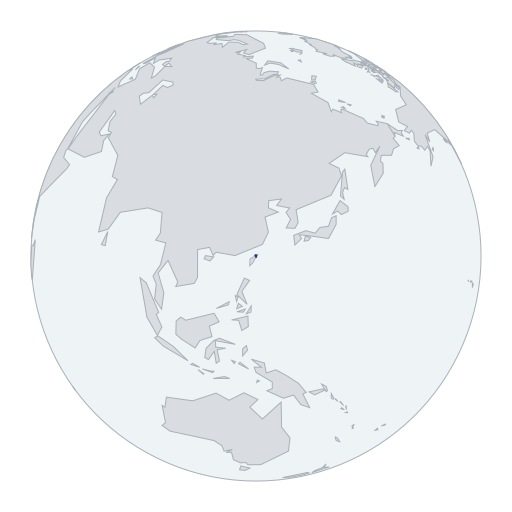 the Earth from above Taoyuan, rotated 23°
{"feature_id": "TWN-1168", "entity_name": "Taoyuan", "entity_type": "County", "adm_level": 1, "iso_a3": "TWN", "parent_name": "Taiwan", "parent_adm1": "", "projection": "orthographic", "projection_center": [121.286, 24.86], "detail": "fine", "context": "on_globe", "style": "filled", "palette": "blue", "viewbox_px": 512, "rotation_deg": 23, "n_neighbors": 0, "source": "natural_earth", "source_scale": "10m", "svg_char_len": 11316}
<svg xmlns="http://www.w3.org/2000/svg" viewBox="0 0 512 512"><g transform="rotate(23 256 256)"><circle cx="256" cy="256" r="225" fill="#eef3f6" stroke="#a8b0b8"/><path d="M441.0,359.8L440.8,361.1L440.5,361.4L441.0,359.8ZM409.6,91.2L393.2,77.9L393.7,77.9L389.0,74.6L388.0,74.8L388.6,75.8L371.1,69.8L365.6,76.1L371.3,83.0L364.2,78.2L380.2,95.5L382.0,105.0L375.3,91.4L371.1,88.0L370.0,92.7L365.4,90.3L362.3,91.4L356.9,88.4L353.4,81.4L349.8,79.5L349.3,83.0L343.5,82.7L344.9,77.7L335.0,76.8L327.3,66.5L335.3,58.1L326.5,52.2L322.5,44.0L318.3,43.2L314.1,40.5L307.7,38.8L308.8,38.4L302.8,37.5L303.0,38.3L300.4,38.3L296.6,37.6L297.4,36.7L299.4,37.0L297.6,36.4L299.6,36.3L296.5,35.9L297.8,35.4L290.9,35.0L287.4,33.8L289.8,33.7L296.8,34.9L319.7,39.9L321.1,40.3L337.3,45.9L353.1,52.7L368.3,60.7L382.8,69.8L396.6,80.0L409.6,91.2ZM467.5,200.6L465.7,196.2L467.1,197.2L467.5,200.6ZM464.3,194.9L465.0,196.1L464.4,195.3L464.3,194.9ZM463.7,195.1L464.1,194.9L463.8,195.7L463.7,195.1ZM463.0,196.1L463.3,195.4L463.4,195.7L463.0,196.1ZM461.4,196.2L460.9,196.1L461.0,194.9L461.4,196.2ZM389.6,76.8L388.5,75.1L391.0,76.2L392.5,77.7L389.6,76.8ZM384.1,76.0L382.3,74.2L387.7,77.0L387.1,77.2L384.1,76.0ZM376.5,89.0L376.5,86.5L378.1,89.8L376.5,89.0ZM362.8,92.1L364.2,93.7L362.0,93.7L362.8,92.1ZM351.7,89.2L347.6,89.0L351.1,87.9L351.7,89.2ZM292.4,33.7L302.0,35.5L303.9,35.9L298.3,35.0L292.4,33.7ZM344.8,88.1L335.0,88.3L337.4,91.6L325.1,82.9L337.5,85.2L341.5,83.2L341.7,86.0L344.8,88.1ZM304.7,38.9L304.3,38.0L308.1,39.5L304.7,38.9ZM307.8,39.9L323.2,45.7L321.9,47.1L317.0,44.6L318.1,47.4L309.9,45.2L307.4,43.2L309.9,42.6L304.9,42.3L307.8,39.9ZM319.9,78.3L317.0,77.6L319.4,77.1L319.9,78.3ZM299.6,38.5L302.9,39.3L302.0,40.5L295.4,39.1L297.8,39.1L299.6,38.5ZM322.5,49.4L320.6,50.3L313.5,48.7L311.8,48.9L309.6,45.3L322.5,49.4ZM296.1,38.5L292.0,38.4L289.0,37.3L296.4,37.8L296.1,38.5ZM304.6,41.5L303.8,42.1L302.1,41.2L304.6,41.5ZM276.0,34.0L279.9,34.6L279.8,35.2L276.0,34.0ZM290.7,38.4L291.8,38.8L292.2,39.2L288.9,39.0L290.7,38.4ZM304.7,44.6L302.1,43.8L305.3,45.9L300.0,45.1L299.5,43.0L297.5,43.6L295.9,43.3L297.3,41.9L304.7,44.6ZM286.8,40.1L284.4,37.7L277.2,36.3L277.1,35.7L288.7,38.1L286.8,40.1ZM292.9,41.2L289.1,40.3L290.9,39.8L294.6,40.1L292.9,41.2ZM296.6,45.4L304.8,47.2L304.6,47.7L296.6,45.4ZM284.4,39.8L285.0,40.4L283.7,39.7L284.4,39.8ZM292.5,43.7L295.4,44.2L295.1,44.7L292.5,43.7ZM283.9,41.4L283.1,40.5L285.6,40.6L283.9,41.4ZM287.5,42.5L286.5,43.1L286.9,41.1L288.9,42.6L287.5,42.5ZM291.8,44.1L292.5,44.5L290.6,43.8L291.8,44.1ZM275.0,42.0L275.0,39.5L280.4,39.5L279.7,41.8L275.0,42.0ZM87.3,106.7L86.9,107.1L86.6,107.5L87.3,106.7ZM74.0,123.2L65.8,135.7L69.5,131.7L62.8,147.8L63.0,154.3L75.9,140.4L75.6,129.1L82.8,119.6L88.8,121.9L90.1,133.1L92.9,129.8L98.1,117.1L104.5,114.6L100.6,112.5L97.6,117.1L95.1,116.2L97.6,112.0L99.8,111.1L101.2,106.9L90.4,113.3L86.3,118.7L86.0,113.0L79.1,121.7L76.8,123.0L87.7,109.0L91.4,105.6L106.6,89.0L102.7,92.0L88.1,108.1L89.9,105.5L84.6,110.6L90.1,104.7L107.1,87.3L109.5,84.9L134.3,66.4L130.9,68.8L135.0,67.1L132.9,69.5L143.2,64.5L143.5,65.3L137.3,67.8L131.9,71.3L127.6,78.6L129.4,78.8L136.4,75.2L134.3,78.1L141.7,73.7L143.5,77.1L147.5,69.7L155.9,66.3L161.7,66.5L165.2,64.3L155.7,64.2L151.2,65.5L146.3,68.6L134.9,72.3L134.5,70.9L149.1,62.7L150.1,60.2L161.1,55.9L180.0,57.3L183.5,60.9L170.9,73.4L165.1,74.0L166.7,69.6L157.2,76.7L161.8,74.6L160.1,77.4L167.7,75.7L166.8,77.6L175.5,73.0L175.4,75.2L169.8,78.1L180.9,78.4L182.8,82.9L185.7,82.2L188.3,80.1L189.1,87.7L191.2,86.9L191.8,84.0L196.3,80.5L204.7,77.7L204.5,80.5L201.4,81.9L194.8,89.4L186.7,93.3L187.5,94.2L194.4,91.6L202.6,82.3L207.7,79.9L204.6,84.2L206.1,82.4L208.6,82.2L210.9,84.7L214.6,80.1L242.0,75.6L249.1,80.8L243.4,84.6L262.3,86.6L268.9,93.7L269.4,90.8L278.8,90.7L276.9,88.4L277.8,87.1L301.2,87.4L306.5,90.2L317.1,88.5L317.4,87.2L314.0,84.9L325.1,82.9L337.4,91.6L336.2,94.0L344.7,98.4L340.7,103.5L341.4,110.3L332.0,114.4L333.4,120.0L336.6,121.1L340.8,130.1L338.3,145.6L326.2,127.7L327.1,106.4L325.5,114.3L321.6,111.2L318.5,113.4L317.7,119.4L320.2,120.9L297.4,126.2L287.1,142.2L298.1,142.7L303.4,148.9L301.3,170.8L274.8,197.7L281.7,208.7L281.0,215.3L272.8,218.4L273.5,208.7L266.6,204.2L268.2,198.7L255.3,201.4L257.1,193.6L246.1,200.1L248.6,206.8L259.3,206.9L249.1,216.6L258.1,229.2L257.4,242.8L236.5,263.8L217.8,268.1L216.3,272.2L209.8,266.2L199.7,272.9L210.6,298.7L209.8,305.4L194.1,315.4L194.1,310.4L176.8,294.5L172.5,309.8L185.5,325.8L189.9,341.9L179.4,335.1L175.1,320.7L169.0,314.7L171.4,301.2L167.9,279.2L157.4,280.6L159.0,272.3L152.5,252.6L137.8,253.9L114.0,268.8L109.4,289.1L101.7,295.4L95.7,260.9L98.5,239.8L92.8,239.1L89.5,217.4L73.8,204.8L74.6,198.6L71.0,198.6L69.1,189.4L71.6,179.8L69.1,177.4L63.3,203.1L66.3,205.9L73.2,201.1L70.7,209.3L72.9,220.2L59.4,232.2L41.1,230.8L44.5,214.9L57.5,164.7L60.1,161.1L60.3,160.6L60.8,159.6L56.7,165.0L60.6,155.9L48.1,188.0L43.8,200.4L40.8,231.4L39.8,232.8L40.4,240.4L48.7,244.8L47.6,249.7L40.5,267.7L33.6,285.7L37.5,309.0L42.1,326.6L42.3,327.3L37.7,311.5L34.2,295.3L31.9,279.0L30.8,262.5L30.9,246.0L32.3,229.6L34.8,213.3L38.5,197.2L43.4,181.5L49.4,166.1L56.6,151.2L64.8,136.9L74.0,123.2ZM86.1,154.4L90.4,161.5L97.7,148.6L99.9,150.5L101.6,145.7L98.2,147.7L103.6,135.4L108.7,135.5L112.9,130.9L111.7,128.4L101.4,130.4L93.5,147.6L88.7,150.2L86.1,154.4ZM155.7,54.3L151.6,56.5L148.6,58.0L148.9,57.8L155.7,54.3ZM140.6,62.5L143.8,60.6L144.6,60.2L146.5,59.3L160.3,52.6L159.1,53.7L157.4,54.1L155.3,55.5L152.0,56.6L137.4,65.0L133.8,67.0L138.1,64.0L140.6,62.5ZM197.5,39.0L203.5,37.6L193.3,41.5L188.9,42.4L191.3,40.7L197.9,38.7L197.5,39.0ZM280.5,32.4L283.5,32.7L283.3,32.8L280.6,32.6L280.5,32.4ZM264.8,30.9L270.7,31.3L268.7,31.1L281.2,32.1L282.8,32.3L288.8,33.1L280.6,32.1L277.0,32.0L282.4,33.6L293.7,35.9L291.9,36.7L287.6,36.7L284.6,36.2L286.8,35.7L281.2,35.5L282.0,34.5L277.9,34.3L267.5,31.6L270.3,31.7L260.8,30.9L264.5,30.9L264.8,30.9ZM245.6,31.0L248.8,31.0L245.5,31.8L250.5,31.5L250.4,31.9L246.4,32.0L252.4,32.2L251.3,32.7L255.9,34.4L265.2,35.1L267.1,36.1L262.9,36.0L267.8,37.0L261.1,37.8L262.3,38.6L256.9,40.4L248.0,40.4L250.0,41.4L246.0,43.2L238.5,43.8L242.2,42.0L231.3,44.1L232.0,42.0L230.7,42.4L228.3,41.2L223.2,40.6L224.6,39.7L222.0,39.9L220.4,39.3L217.3,39.4L218.7,38.0L215.1,38.1L217.8,37.4L211.1,38.1L216.7,37.0L215.2,36.6L210.6,37.8L225.7,32.8L226.7,32.6L245.6,31.0ZM273.2,42.4L262.5,42.2L257.6,41.2L269.0,38.5L268.9,37.6L276.0,36.5L283.0,38.2L280.3,38.3L279.3,38.9L277.5,38.1L278.2,39.1L274.5,39.4L274.0,40.4L270.7,40.0L273.2,42.4ZM88.2,105.9L86.8,107.6L85.7,109.3L82.4,112.9L88.2,105.9ZM97.5,95.9L99.5,93.9L98.9,94.6L93.6,99.8L94.3,99.2L97.5,95.9ZM103.2,90.7L99.3,94.2L102.2,91.4L103.2,90.7ZM137.2,68.4L137.2,69.2L135.4,70.3L133.4,71.0L137.2,68.4ZM206.2,51.7L209.1,50.3L210.1,50.5L218.2,48.9L218.3,50.6L213.5,52.3L206.2,51.7ZM73.3,141.2L70.6,142.3L71.7,139.8L72.4,139.9L73.3,141.2ZM74.7,126.6L72.2,131.8L73.8,127.5L74.7,126.6ZM207.6,53.3L210.9,52.4L208.9,53.9L207.6,53.3ZM218.8,51.9L217.2,53.6L219.2,50.7L218.8,51.9ZM138.1,447.6L142.8,450.5L140.5,449.3L138.1,447.6ZM50.7,339.7L59.5,365.6L56.8,361.3L51.7,351.0L45.4,333.8L46.9,333.4L46.4,327.1L50.7,339.7ZM247.0,383.3L254.0,384.7L253.8,385.5L247.0,383.3ZM239.7,379.5L247.6,380.5L238.4,381.3L239.7,379.5ZM250.7,380.9L258.8,379.7L262.3,378.5L261.7,380.3L250.7,380.9ZM234.3,379.0L205.8,375.1L194.6,370.8L197.1,367.9L215.1,371.5L234.3,379.0ZM196.2,367.6L179.5,354.9L157.7,321.2L165.5,323.6L188.5,346.0L187.0,348.7L197.1,358.2L196.2,367.6ZM237.4,355.7L235.9,364.4L220.0,361.7L212.8,359.3L207.9,347.0L210.6,341.6L216.4,342.6L239.8,325.1L247.8,331.0L240.4,338.8L247.0,347.4L237.4,355.7ZM110.0,291.4L113.2,305.4L109.2,305.9L110.0,291.4ZM249.8,311.6L240.0,319.7L249.2,308.5L249.8,311.6ZM255.6,300.6L255.9,305.4L252.3,300.5L255.6,300.6ZM215.5,278.6L209.3,278.8L209.4,275.4L217.4,273.3L215.5,278.6ZM256.7,254.3L255.6,264.1L254.0,267.4L251.7,261.1L256.7,254.3ZM213.1,71.0L201.8,70.9L193.7,72.9L189.3,76.9L190.7,71.7L203.2,68.5L213.1,71.0ZM238.5,74.5L242.3,71.7L243.9,73.4L243.3,74.3L238.5,74.5ZM238.5,72.4L237.0,68.2L241.3,67.0L241.6,70.5L238.5,72.4ZM221.8,59.6L218.5,59.3L220.2,58.0L221.8,59.6ZM387.9,435.2L390.1,434.7L383.7,439.9L374.9,445.8L367.0,449.6L387.9,435.2ZM324.4,459.2L324.0,455.2L333.3,453.6L329.6,457.7L324.4,459.2ZM394.0,430.5L399.7,425.0L401.8,420.0L401.2,423.9L405.9,421.5L392.0,433.6L394.0,430.5ZM289.5,442.3L245.5,450.8L235.7,448.7L237.8,444.7L228.0,430.2L231.2,430.8L228.7,420.9L254.4,414.0L272.8,397.8L287.6,399.3L298.4,386.6L313.8,387.4L309.4,397.6L325.6,403.5L336.2,380.6L346.4,403.5L358.4,410.2L362.1,422.9L341.9,446.2L330.0,451.4L327.6,450.0L322.7,452.4L314.8,452.3L310.1,446.2L305.3,448.5L309.8,443.3L302.9,448.1L298.6,443.9L289.5,442.3ZM399.6,391.6L401.9,391.6L405.7,394.2L401.9,394.6L399.6,391.6ZM435.0,367.1L436.1,368.3L433.7,369.9L435.0,367.1ZM440.5,361.4L437.7,363.5L441.0,359.8L440.5,361.4ZM411.7,375.3L412.9,376.4L411.9,377.2L411.7,375.3ZM410.7,375.1L412.1,372.4L411.9,374.8L410.7,375.1ZM399.5,365.2L400.8,363.7L401.5,364.5L399.5,365.2ZM264.4,385.5L274.1,379.3L279.5,379.0L264.4,385.5ZM397.4,363.0L393.8,363.4L394.2,362.1L397.4,363.0ZM397.6,359.9L397.2,358.1L399.4,362.0L397.6,359.9ZM390.7,357.0L395.1,359.5L390.2,357.5L390.7,357.0ZM388.1,357.9L385.0,356.9L385.2,356.3L388.1,357.9ZM353.0,364.7L364.7,374.6L355.4,375.3L344.9,369.3L336.9,376.2L318.7,375.8L322.8,371.7L320.2,365.6L301.6,363.2L297.8,359.0L304.4,356.3L292.1,352.8L305.5,351.2L311.1,359.7L318.7,353.0L331.9,354.3L344.9,356.6L355.5,362.0L353.0,364.7ZM305.7,369.7L308.0,369.7L306.0,372.2L305.7,369.7ZM379.0,353.2L383.5,356.6L383.0,357.7L380.8,357.4L379.0,353.2ZM357.9,360.4L369.2,352.4L371.9,352.3L364.4,360.9L357.9,360.4ZM366.4,348.2L371.7,348.6L374.5,352.2L373.4,353.4L366.4,348.2ZM278.4,361.3L277.9,363.6L274.4,361.6L278.4,361.3ZM282.8,360.1L293.3,362.9L281.9,362.0L282.8,360.1ZM251.7,349.8L254.6,355.7L264.1,352.8L256.9,357.4L263.4,367.0L261.3,370.3L254.8,360.0L252.7,369.9L248.5,369.4L246.1,360.5L250.3,350.1L254.4,346.0L271.5,345.4L251.7,349.8ZM282.7,353.2L280.0,346.5L282.1,342.2L285.0,345.9L282.7,353.2ZM272.1,330.1L265.1,321.9L258.5,324.4L272.0,314.4L276.5,324.0L272.1,330.1ZM266.4,312.6L260.2,314.8L266.8,309.0L266.4,312.6ZM258.8,312.1L258.3,306.5L263.1,307.7L258.8,312.1ZM269.6,313.1L271.1,303.9L273.3,309.5L269.6,313.1ZM256.8,294.1L266.7,304.0L253.5,299.0L253.9,280.9L259.6,281.0L256.8,294.1ZM294.5,223.6L293.7,218.4L299.1,217.5L298.1,221.3L294.5,223.6ZM315.9,211.6L300.2,215.7L287.5,219.5L291.1,222.1L287.5,230.7L282.6,222.2L292.1,213.2L301.6,211.9L303.7,204.7L311.1,200.3L310.6,191.3L314.0,187.6L317.4,195.6L315.9,211.6ZM310.0,187.5L311.7,172.1L321.6,174.8L323.4,178.8L318.4,184.5L313.5,182.7L310.0,187.5ZM315.0,169.4L310.3,167.7L302.9,145.2L303.8,141.3L314.6,158.9L310.8,158.3L310.8,163.6L315.0,169.4ZM317.5,79.1L317.0,77.7L319.2,79.1L317.5,79.1ZM276.5,85.8L278.2,84.3L280.7,85.6L276.5,85.8ZM284.2,80.9L280.2,80.4L284.5,79.7L284.2,80.9ZM271.3,79.8L278.7,79.7L271.5,81.5L271.3,79.8Z" fill="#d9dde1" stroke="#a8b0b8" stroke-width="1"/><path d="M254.9,255.6L255.0,255.4L255.2,255.2L255.4,255.2L255.5,255.1L256.0,255.0L256.3,255.1L256.4,255.3L256.2,255.5L256.2,255.8L256.2,256.0L256.3,256.1L256.5,256.1L256.6,256.3L256.6,256.5L256.6,256.8L256.6,257.0L256.4,257.0L256.2,256.9L256.0,256.7L256.1,256.4L255.9,256.3L255.9,256.2L255.7,256.2L255.5,255.9L255.4,255.9L255.2,255.8L255.2,255.7L254.9,255.7L254.9,255.6Z" fill="#3b82f6" stroke="#1e3a8a" stroke-width="1.5"/></g></svg>